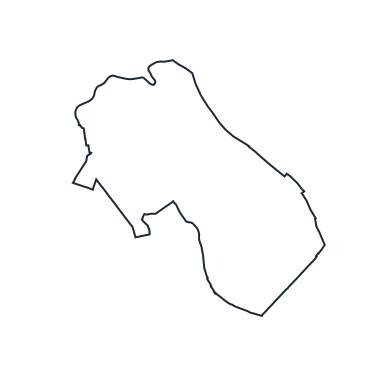 the district of Chirnogi, Calarasi, Romania, rotated 235°
{"feature_id": "2599482B29900557308409", "entity_name": "Chirnogi", "entity_type": "district", "adm_level": 2, "iso_a3": "ROU", "parent_name": "Romania", "parent_adm1": "Calarasi", "projection": "mercator", "projection_center": [26.509, 44.098], "detail": "fine", "context": "isolated", "style": "outline", "palette": "slate", "viewbox_px": 384, "rotation_deg": 235, "n_neighbors": 0, "source": "geoboundaries", "source_scale": "gbopen_adm2", "svg_char_len": 5113}
<svg xmlns="http://www.w3.org/2000/svg" viewBox="0 0 384 384"><g transform="rotate(235 192 192)"><path d="M51.1,179.2L51.2,179.5L51.3,180.4L51.8,183.1L52.0,184.0L52.2,184.9L53.1,188.8L53.4,190.8L53.8,192.8L54.9,197.8L55.9,202.5L56.6,205.9L57.2,208.6L57.7,211.2L58.1,213.1L58.2,214.8L58.4,215.7L58.7,216.3L61.1,228.2L62.6,235.0L63.4,238.8L64.0,241.6L65.4,248.2L65.7,250.0L66.0,251.6L66.6,253.9L66.6,254.5L66.7,254.9L66.8,254.9L67.5,256.8L67.6,257.1L67.8,257.1L68.2,257.0L68.4,256.9L69.4,260.1L69.0,260.2L70.7,265.8L71.7,268.1L72.6,270.4L80.6,272.1L82.1,272.4L82.4,272.5L82.9,272.6L85.2,273.1L92.6,274.2L97.2,276.4L97.6,276.5L99.6,277.5L99.5,278.2L109.5,278.9L119.2,280.9L128.1,281.2L128.2,284.3L129.1,284.2L129.4,284.1L129.6,284.1L131.5,283.7L138.9,283.4L149.0,281.4L152.6,280.1L151.7,276.7L160.6,274.2L161.0,274.0L166.0,272.6L168.8,271.8L180.9,268.7L188.8,266.9L192.6,265.8L192.8,265.7L193.1,265.6L196.6,264.5L196.8,265.0L200.1,263.7L204.2,261.9L213.4,257.9L223.4,255.3L224.3,255.1L224.6,255.1L224.9,255.1L233.0,254.2L246.3,254.3L252.9,254.0L256.1,254.2L256.5,254.2L259.0,254.3L266.3,254.7L278.7,257.0L286.4,259.5L287.9,260.0L288.3,260.1L288.5,260.1L289.0,260.4L296.9,257.8L304.7,254.0L311.0,251.8L311.8,250.0L312.8,247.9L314.6,244.0L316.6,241.5L317.9,239.3L318.6,237.6L319.0,236.0L319.2,233.8L319.4,231.9L319.4,229.4L318.8,227.8L318.4,227.2L317.9,226.8L316.5,226.2L315.6,226.0L314.4,226.0L312.5,225.9L310.3,225.4L308.9,225.3L307.6,225.4L306.3,225.5L305.2,225.6L304.5,225.6L304.0,225.4L303.3,225.1L302.8,224.7L302.2,223.8L301.9,222.7L301.8,222.2L302.1,221.7L302.6,221.0L303.6,220.4L304.9,219.8L306.3,219.4L308.4,219.0L310.1,218.6L311.4,218.3L312.9,217.9L313.8,217.4L314.5,216.8L315.4,214.9L316.4,212.6L318.3,208.8L319.9,205.9L322.1,203.4L324.3,201.2L329.3,196.7L331.6,195.1L332.9,193.6L333.6,191.9L333.6,189.4L332.9,186.6L331.6,182.8L331.7,180.3L331.9,178.6L332.4,175.6L332.2,173.9L330.8,171.1L329.6,169.6L327.1,167.0L326.1,165.0L325.6,163.2L325.5,161.5L325.5,159.7L325.6,158.4L326.1,156.6L326.6,154.2L327.4,149.7L327.4,148.2L327.1,146.4L325.8,143.8L323.9,141.8L321.3,140.4L319.4,139.7L316.3,139.5L315.8,139.4L314.6,139.1L314.2,139.1L313.4,138.7L311.9,138.1L311.6,137.7L311.2,138.2L310.9,138.8L310.4,138.7L309.9,138.5L309.7,138.5L309.1,138.7L308.9,138.8L308.6,138.8L308.4,138.7L308.1,138.6L307.9,138.6L306.1,139.8L302.8,138.1L302.4,137.9L300.8,137.1L300.4,136.8L300.1,136.7L299.6,136.4L299.1,136.1L298.7,135.9L298.3,135.7L297.2,135.0L297.0,135.3L290.7,132.1L289.7,133.9L288.4,133.2L282.9,130.6L282.5,131.2L282.2,131.7L281.9,131.9L281.5,130.8L281.5,130.6L281.7,128.6L281.8,127.3L281.7,126.9L281.4,126.5L278.1,123.2L277.7,122.5L275.4,116.8L273.7,112.7L271.6,107.6L270.1,103.9L269.3,102.9L268.7,101.8L268.5,101.5L268.2,100.8L268.0,100.3L268.0,100.0L267.9,99.7L267.0,100.3L266.3,100.8L265.2,101.6L264.3,102.2L262.0,104.0L259.6,105.7L257.0,107.8L255.4,109.0L253.8,110.0L251.2,111.8L250.9,112.0L251.0,112.1L252.3,113.9L253.4,115.5L254.6,117.1L257.2,120.8L256.8,120.8L256.3,120.9L254.8,120.9L254.4,120.9L253.9,120.9L253.1,120.9L252.0,120.9L251.2,121.0L250.0,121.0L248.6,121.1L247.1,121.2L246.2,121.3L244.6,121.4L243.5,121.4L241.6,121.5L239.3,121.5L238.6,121.6L237.7,121.6L236.7,121.6L235.8,121.6L232.8,121.8L231.5,121.8L228.5,122.0L224.5,122.1L210.8,122.6L201.2,123.0L198.1,123.2L197.3,123.2L197.0,123.1L193.2,121.8L193.0,121.7L192.8,121.6L189.1,120.4L187.3,119.7L186.0,122.6L185.3,124.3L185.2,124.7L184.7,125.8L184.5,126.1L184.4,126.5L184.1,127.1L184.0,127.3L183.3,129.1L183.1,129.6L182.1,131.7L181.8,132.5L181.6,133.0L186.0,135.7L186.7,135.6L187.5,135.7L188.4,136.0L189.0,136.1L189.6,136.4L189.9,136.4L190.2,136.5L191.1,136.3L191.7,136.2L192.2,135.9L192.4,135.9L192.6,135.8L193.1,135.8L193.5,135.8L194.0,135.7L194.4,135.6L194.8,135.5L195.3,135.3L195.8,135.3L196.7,135.4L197.3,135.4L197.5,135.4L198.0,135.1L199.2,136.7L200.9,139.5L201.3,140.3L200.9,140.8L200.6,141.0L200.1,141.3L199.9,141.5L199.7,141.7L199.5,141.9L198.7,143.6L197.5,146.4L195.1,149.5L195.1,154.9L195.1,159.0L195.1,162.2L195.0,165.6L195.0,166.5L195.0,166.8L195.1,170.3L195.1,171.3L194.0,171.2L190.6,171.7L182.8,170.4L181.3,170.3L175.5,170.3L173.7,170.4L171.6,170.2L171.3,170.3L171.3,170.5L169.9,171.2L169.6,171.4L168.1,173.2L167.9,173.4L166.0,174.6L159.5,175.4L156.5,174.9L153.9,173.9L153.2,173.5L151.3,172.1L150.0,171.2L148.3,170.3L146.4,169.7L143.5,168.9L141.5,168.3L139.1,167.1L137.7,166.5L135.5,165.5L134.4,165.1L133.7,164.7L133.0,164.3L131.9,163.7L131.0,163.1L122.3,158.3L120.9,157.9L114.2,155.7L112.5,155.6L112.3,154.6L109.7,154.4L107.1,154.3L106.3,154.2L104.0,153.9L104.1,153.4L103.3,153.3L100.8,153.3L100.3,153.3L98.6,153.2L98.2,153.0L97.2,153.1L97.2,152.7L96.2,152.7L96.3,153.1L94.9,153.1L94.9,153.6L94.0,153.7L91.2,154.6L90.1,155.0L87.3,155.9L87.1,155.9L86.4,156.1L85.1,156.3L84.7,156.5L84.2,156.7L82.8,157.1L82.5,157.2L78.1,159.1L77.6,159.5L77.1,160.0L76.8,160.1L76.5,160.3L76.2,160.5L75.8,160.7L75.5,160.7L74.7,161.1L73.8,161.5L72.7,162.2L72.4,162.4L71.4,163.1L66.8,166.2L66.0,166.8L63.1,168.8L61.9,169.6L60.4,170.2L58.9,171.2L58.5,171.6L57.2,172.8L50.4,178.2L50.7,178.7L51.1,179.2Z" fill="none" stroke="#1e293b" stroke-width="2"/></g></svg>